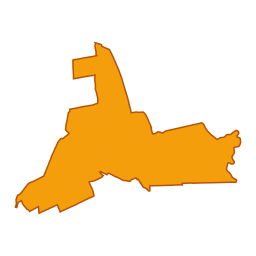 the district of Mastacani, Galati, Romania
{"feature_id": "2599482B23986307623685", "entity_name": "Mastacani", "entity_type": "district", "adm_level": 2, "iso_a3": "ROU", "parent_name": "Romania", "parent_adm1": "Galati", "projection": "orthographic", "projection_center": [28.041, 45.785], "detail": "fine", "context": "isolated", "style": "filled", "palette": "amber", "viewbox_px": 256, "rotation_deg": 0, "n_neighbors": 0, "source": "geoboundaries", "source_scale": "gbopen_adm2", "svg_char_len": 5671}
<svg xmlns="http://www.w3.org/2000/svg" viewBox="0 0 256 256"><path d="M235.8,182.4L236.4,181.1L236.5,180.6L236.5,180.2L236.4,179.8L235.6,179.3L234.8,179.0L233.0,177.8L232.3,177.3L232.1,177.0L230.7,174.4L230.2,173.7L228.8,172.1L227.8,171.4L227.3,170.7L227.0,170.2L226.6,169.5L226.6,168.6L226.6,168.2L226.8,167.3L227.0,166.5L227.4,165.3L227.7,163.6L228.0,163.2L228.4,162.9L228.8,162.8L229.2,162.9L230.7,163.7L231.5,164.0L231.9,164.0L233.2,163.9L233.5,163.5L234.1,163.0L234.2,162.5L234.2,162.1L234.2,161.7L233.8,160.9L232.8,159.5L232.3,158.4L232.0,157.6L232.1,157.1L232.2,156.3L232.6,155.5L233.5,154.5L233.9,153.7L234.1,153.3L234.3,152.8L234.3,151.5L234.3,150.6L234.0,149.7L233.9,148.5L234.1,147.8L234.3,147.4L234.9,147.2L235.2,147.0L237.7,146.8L238.4,146.6L239.1,146.1L240.3,143.9L240.6,141.8L240.3,138.9L239.9,138.2L239.4,137.9L238.5,137.4L237.6,137.2L237.1,137.0L237.0,136.6L237.0,136.1L237.2,135.6L237.6,135.2L238.0,134.5L238.4,133.8L238.7,133.2L238.7,132.3L238.6,131.9L238.0,131.2L236.8,130.5L236.4,130.4L236.0,130.4L234.8,131.2L233.5,132.2L232.8,132.5L231.1,134.2L230.7,134.4L230.2,134.5L229.8,134.5L229.1,134.5L228.3,134.5L227.6,134.5L227.1,134.6L225.8,135.5L224.8,136.7L224.2,137.1L223.6,137.3L223.1,137.4L221.0,137.5L220.6,137.6L220.0,137.9L219.4,138.2L218.8,138.6L218.1,139.0L217.4,139.2L217.1,139.3L216.7,139.1L216.2,138.8L215.7,138.5L215.4,138.2L214.9,137.6L213.4,136.4L211.4,135.0L210.6,134.3L209.1,132.6L207.5,131.1L207.0,130.4L206.4,129.5L205.1,127.3L204.3,125.3L203.4,124.1L203.2,124.1L202.8,123.7L202.5,123.3L201.8,122.8L200.9,123.1L199.0,123.5L165.8,131.0L165.2,131.3L164.6,131.6L163.1,132.8L162.7,133.0L162.3,133.0L159.9,132.1L159.3,132.0L158.7,131.9L157.9,131.9L157.5,132.0L156.5,132.8L155.7,133.2L155.2,133.5L154.1,133.7L152.6,133.8L151.6,130.4L151.0,127.6L151.4,127.6L150.3,124.8L147.4,118.2L145.7,114.7L143.3,112.1L137.6,112.3L136.7,112.0L136.3,112.0L136.1,112.0L135.5,112.1L135.1,112.3L134.8,112.3L133.5,112.4L132.4,112.6L131.1,112.6L130.6,109.9L128.9,103.4L128.7,102.2L127.4,97.2L126.4,94.1L126.2,93.5L121.6,77.9L118.6,69.7L112.9,56.6L111.4,53.4L109.4,49.6L101.8,46.3L101.5,44.7L96.4,43.1L95.0,42.8L95.3,43.6L95.4,43.9L95.0,45.8L95.0,46.2L95.0,46.8L95.2,47.4L95.4,48.4L95.6,50.0L95.7,50.7L95.9,51.2L96.2,51.8L96.0,52.9L96.0,54.0L96.1,54.6L96.2,54.9L96.6,55.2L96.8,55.6L96.1,55.7L94.5,56.1L93.0,56.4L92.3,56.6L91.8,56.7L91.3,56.7L86.9,57.4L80.5,58.6L79.7,58.8L73.0,59.9L72.9,60.0L73.1,69.8L73.3,70.5L73.3,72.8L73.4,73.1L73.5,78.8L76.6,78.3L81.1,77.4L88.8,76.0L94.0,75.4L94.7,75.3L95.1,75.1L95.1,75.3L95.1,75.5L94.9,77.0L94.7,78.8L94.7,79.3L95.1,82.3L95.1,82.9L95.4,84.2L95.4,85.2L95.4,87.4L95.3,88.0L95.3,88.8L95.5,89.8L96.2,91.7L96.4,92.6L96.8,94.2L96.9,94.7L97.0,95.4L97.2,96.1L97.5,96.7L97.6,97.3L97.6,98.1L97.8,99.0L97.7,100.5L97.8,101.1L97.8,101.7L97.8,102.0L97.7,102.6L97.7,103.3L94.8,104.2L92.1,105.2L90.5,105.4L88.2,105.9L84.7,106.3L83.5,106.5L79.3,107.4L78.1,107.6L77.1,107.9L74.6,108.4L72.0,108.8L69.7,109.3L69.8,109.7L69.8,110.3L69.7,110.9L69.6,111.2L69.5,111.7L68.5,112.6L68.3,112.8L68.2,113.9L68.1,114.3L67.9,115.8L67.7,116.4L67.6,117.3L67.4,118.1L67.1,119.8L66.9,121.0L66.9,121.9L66.6,122.3L66.2,123.7L66.1,124.6L66.0,125.3L65.9,126.0L65.8,126.8L65.6,128.6L65.6,129.5L65.6,129.8L65.7,130.0L66.0,130.3L66.5,131.1L66.8,131.5L67.0,131.7L67.7,132.1L68.8,133.0L69.1,133.3L69.2,133.5L67.8,134.6L66.6,135.6L65.4,136.5L64.7,137.1L62.8,138.7L62.1,138.5L61.8,138.5L61.7,138.4L61.3,138.5L61.1,138.5L60.8,138.6L60.6,138.8L59.9,139.6L58.7,141.2L58.5,141.3L57.9,142.2L57.8,142.4L57.8,142.5L57.6,142.7L57.5,143.0L57.4,143.2L57.2,143.8L57.1,144.2L56.6,145.0L56.2,146.2L55.5,147.5L54.4,150.1L53.4,152.3L53.0,153.1L51.7,155.9L51.0,158.0L49.4,162.0L48.4,164.7L46.5,169.3L44.5,174.3L43.9,175.9L43.7,176.1L42.7,176.6L40.9,177.5L39.3,178.4L38.8,178.7L37.7,179.2L36.9,179.6L34.6,180.8L30.1,182.6L29.7,182.8L28.5,183.5L27.8,184.2L27.4,184.7L27.1,185.0L26.1,186.4L24.4,188.5L23.8,189.5L21.6,192.3L19.9,194.2L19.5,194.5L17.8,195.1L17.6,195.3L17.4,195.6L17.0,196.8L16.3,198.9L16.4,199.0L16.0,199.6L16.3,202.3L16.4,203.1L16.3,204.1L15.4,207.1L16.7,207.5L17.2,206.2L17.4,204.8L18.3,202.3L19.0,201.9L19.6,201.8L19.9,201.7L20.4,201.3L21.5,200.7L22.4,203.1L23.3,204.9L23.9,205.6L24.5,206.4L25.0,207.0L25.6,207.5L26.3,208.6L26.7,209.1L28.1,209.7L28.6,210.1L29.5,211.4L32.9,209.6L38.4,206.6L39.0,213.2L41.2,212.2L42.6,211.6L43.7,211.1L57.3,204.8L59.0,209.0L60.2,212.0L61.5,211.2L64.2,210.0L71.7,206.5L75.9,204.7L76.8,204.2L77.5,203.9L78.1,203.4L80.0,202.5L81.1,202.1L83.1,201.1L84.3,200.4L85.8,199.8L86.9,199.3L87.5,198.9L89.0,198.2L93.0,196.5L94.0,195.9L93.4,193.1L93.0,191.1L91.7,187.9L90.0,184.5L89.1,182.1L89.1,181.8L89.3,181.7L90.8,181.5L93.2,181.1L93.9,181.0L94.8,180.6L99.6,178.4L99.8,178.3L102.3,176.8L103.2,175.5L102.2,175.0L101.4,174.0L99.8,172.4L100.4,171.5L106.9,174.7L107.2,174.2L107.4,174.0L108.0,173.6L108.5,173.2L108.7,173.4L108.9,173.4L109.2,173.4L109.7,173.6L110.5,174.2L111.0,174.4L111.5,174.5L112.7,175.2L113.8,175.7L114.6,176.3L115.0,176.6L115.6,176.8L115.6,176.7L116.2,176.8L116.4,176.8L117.5,177.4L119.0,178.2L122.5,180.0L123.4,180.4L123.7,180.5L125.9,180.7L126.8,180.7L127.4,180.9L128.0,181.2L128.4,181.3L130.1,181.1L130.6,181.0L131.0,180.0L136.0,177.8L136.6,178.8L137.0,179.4L137.3,179.2L137.7,179.6L137.9,179.3L138.0,179.3L138.4,179.9L138.6,179.9L140.4,183.0L140.6,182.8L142.0,185.3L143.3,187.1L143.6,187.5L145.7,188.2L146.4,188.6L147.3,189.6L147.5,189.4L147.9,190.0L148.4,190.8L149.3,191.0L149.8,191.0L149.9,185.7L152.8,185.7L159.7,185.6L173.7,185.2L174.6,185.0L182.4,184.9L182.1,183.4L190.6,183.0L192.7,183.2L201.7,182.9L212.6,182.7L217.6,182.6L231.8,182.2L235.6,182.3L235.8,182.4Z" fill="#f59e0b" stroke="#b45309" stroke-width="1.5"/></svg>